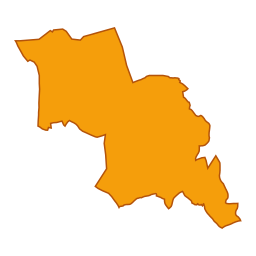 Ibadan North West, Oyo, Nigeria (Natural Earth projection)
{"feature_id": "59680162B17793632216798", "entity_name": "Ibadan North West", "entity_type": "district", "adm_level": 2, "iso_a3": "NGA", "parent_name": "Nigeria", "parent_adm1": "Oyo", "projection": "natural_earth1", "projection_center": [3.873, 7.409], "detail": "fine", "context": "isolated", "style": "filled", "palette": "amber", "viewbox_px": 256, "rotation_deg": 0, "n_neighbors": 0, "source": "geoboundaries", "source_scale": "gbopen_adm2", "svg_char_len": 4798}
<svg xmlns="http://www.w3.org/2000/svg" viewBox="0 0 256 256"><path d="M149.3,75.5L146.8,76.3L146.4,76.5L145.0,77.8L143.0,78.6L140.9,79.7L139.3,80.1L137.4,80.8L135.1,81.7L132.9,82.6L126.6,65.4L122.3,47.0L114.5,27.9L83.6,36.6L80.4,40.1L71.8,39.1L66.2,31.3L62.7,29.1L53.6,30.0L52.4,31.9L50.3,30.6L39.0,39.3L19.9,40.8L15.4,40.8L16.4,42.5L17.8,45.9L23.4,56.0L27.8,61.3L29.9,60.0L34.2,62.1L37.1,66.3L39.3,75.5L39.3,83.6L39.6,89.2L39.3,94.8L38.9,103.0L39.0,107.6L38.6,112.3L38.6,115.1L38.2,121.1L38.0,126.1L39.7,126.9L42.3,128.9L45.7,130.1L47.6,130.2L48.5,127.5L51.2,128.0L50.6,123.4L53.5,122.7L56.7,122.5L61.9,121.1L62.0,121.1L63.7,124.9L65.0,126.1L66.2,124.0L67.8,121.8L69.5,120.5L71.3,121.6L73.7,122.7L75.9,124.1L77.6,125.8L79.6,128.9L82.6,131.2L86.0,132.7L87.3,133.3L91.7,135.3L95.3,136.8L97.2,137.2L101.7,135.9L105.4,134.6L104.2,143.4L105.7,154.9L106.6,168.8L95.3,186.4L98.2,188.5L102.5,190.7L108.6,193.3L111.7,196.6L114.7,200.8L116.3,202.8L118.1,205.5L119.0,207.4L119.2,207.0L119.4,206.8L120.3,206.4L121.0,206.3L121.8,206.2L122.7,206.0L123.3,205.8L123.7,205.5L124.1,204.9L125.4,204.7L125.9,204.6L126.7,204.5L127.7,204.5L129.4,204.4L130.6,204.0L131.8,203.1L132.6,202.4L133.6,201.4L134.5,200.5L135.5,199.7L136.1,199.1L137.2,198.4L138.6,198.1L139.7,197.7L140.2,197.6L141.5,197.7L142.3,197.3L143.5,196.8L144.6,196.4L145.8,196.2L148.6,195.7L149.9,195.3L151.1,194.6L153.0,194.1L155.5,193.6L156.1,193.7L156.5,194.4L156.5,195.2L156.4,195.6L156.4,195.9L157.4,196.2L159.0,196.8L161.1,197.6L161.3,197.8L162.3,198.4L164.5,199.2L164.5,199.8L164.5,200.9L164.6,201.7L164.8,202.9L165.3,204.2L166.0,205.3L167.1,206.8L168.6,208.7L169.6,208.0L171.1,206.5L171.8,204.9L172.4,202.3L172.9,200.2L173.4,198.8L174.1,197.7L176.3,195.6L179.5,192.8L182.4,191.4L182.8,191.8L183.6,193.3L184.4,194.9L184.9,195.7L185.5,196.2L187.0,197.3L188.0,198.0L189.5,199.3L190.8,200.3L191.4,201.0L191.8,202.2L192.2,203.3L192.4,203.3L192.7,203.4L193.1,203.5L193.5,203.8L193.8,203.9L194.0,204.0L194.4,204.4L194.7,204.6L195.2,204.7L195.6,204.7L196.5,204.8L196.8,204.8L197.0,204.6L197.1,204.4L197.3,204.0L197.6,203.7L197.8,203.8L198.1,204.2L198.6,204.7L198.9,204.9L199.6,205.0L200.2,205.0L200.7,205.0L201.0,204.8L201.2,204.5L201.3,204.5L202.4,205.8L202.5,205.6L202.7,205.4L203.1,204.5L203.4,203.9L203.9,204.2L203.8,204.7L204.1,205.4L204.6,206.9L204.6,207.7L204.8,208.8L205.9,211.0L207.2,213.0L208.3,214.3L208.9,214.8L209.3,215.5L209.6,215.8L210.1,216.3L210.6,216.8L211.3,217.6L212.0,218.2L212.5,218.8L212.8,219.1L213.1,219.6L213.5,220.2L213.8,220.7L214.0,221.0L214.7,221.7L216.1,222.9L217.2,224.0L218.2,225.3L219.4,226.6L220.2,227.0L220.4,227.2L220.5,227.3L220.9,227.5L221.4,227.6L222.1,228.1L222.4,227.8L222.7,227.6L223.4,227.2L224.3,226.6L225.2,226.1L226.1,225.7L227.4,225.3L228.8,224.8L230.2,224.3L231.8,223.6L232.9,223.0L234.1,222.5L236.1,221.7L237.2,221.4L238.4,221.0L239.3,220.9L240.1,220.6L240.6,220.7L240.5,220.2L240.1,219.8L240.0,219.2L239.4,218.4L238.3,217.0L237.2,216.3L236.1,215.2L235.8,214.6L235.6,214.0L235.6,212.2L236.0,210.6L236.3,210.0L237.3,208.4L237.7,206.6L237.8,203.4L235.6,203.5L233.2,203.5L229.2,203.8L226.6,203.5L226.0,203.0L225.6,202.8L225.7,201.6L225.9,200.8L226.1,200.1L226.3,199.7L226.8,199.2L227.4,198.6L227.7,198.1L227.9,197.6L227.9,197.0L228.0,196.6L228.0,195.1L227.9,194.0L227.7,193.3L227.5,192.7L227.1,191.7L226.5,190.5L226.3,189.9L226.0,189.5L225.7,188.9L224.6,186.5L223.8,184.8L223.4,183.8L222.9,183.3L221.8,182.1L221.0,181.1L220.6,180.3L220.2,179.4L219.8,178.3L219.6,177.5L219.5,176.6L219.4,175.4L219.6,174.3L219.8,172.9L219.9,171.9L219.9,171.2L220.0,170.8L220.0,170.1L220.0,168.4L220.0,165.6L219.9,163.3L219.8,162.7L219.3,161.7L218.5,160.3L216.7,157.3L215.8,155.8L207.8,168.2L206.1,160.6L204.9,157.4L201.8,157.8L197.2,159.5L196.4,159.9L195.7,160.3L195.7,159.7L195.6,159.1L195.6,158.4L195.9,157.3L196.5,156.1L197.5,154.3L198.2,153.3L199.1,151.3L199.2,150.7L199.3,149.3L199.3,145.9L199.9,146.0L201.2,145.8L202.2,145.8L202.4,145.8L203.3,145.6L204.6,145.2L204.8,145.2L205.8,144.4L207.1,143.2L207.9,142.3L208.5,141.5L208.9,140.9L209.1,139.9L209.2,139.0L209.3,138.3L209.5,137.9L209.2,137.0L209.0,135.1L209.1,132.5L209.6,128.9L209.9,125.7L209.4,124.3L208.6,123.2L207.2,122.2L206.0,121.2L205.1,120.2L204.3,118.8L203.0,117.1L202.1,116.2L201.2,115.6L200.5,115.5L199.0,116.4L197.5,116.3L195.7,115.4L194.6,113.9L193.4,112.3L192.3,110.8L191.0,109.5L189.4,108.9L189.6,107.0L190.1,105.3L189.2,102.3L188.7,102.2L188.0,101.8L186.8,100.4L185.9,99.2L184.5,97.7L183.6,97.4L183.1,94.6L182.8,92.6L182.7,91.7L184.5,91.2L186.3,90.1L186.8,89.8L187.9,88.7L185.8,86.7L185.1,86.0L183.1,84.3L182.2,83.7L179.7,82.4L180.2,81.1L180.1,80.7L178.7,79.6L178.9,79.0L178.9,78.6L177.7,78.1L176.7,78.0L174.7,77.8L173.1,78.0L171.3,77.8L170.0,77.8L169.4,77.4L168.3,76.5L163.0,75.5L149.3,75.5Z" fill="#f59e0b" stroke="#b45309" stroke-width="1.5"/></svg>